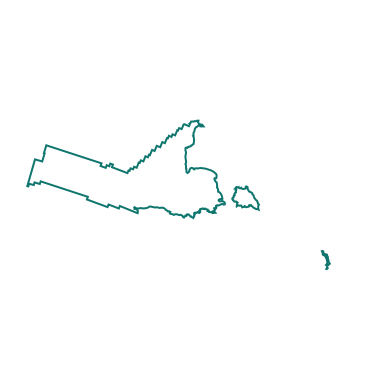 the district of Bethel, Alaska, United States of America, rotated 206°
{"feature_id": "52423323B92128631774297", "entity_name": "Bethel", "entity_type": "district", "adm_level": 2, "iso_a3": "USA", "parent_name": "United States of America", "parent_adm1": "Alaska", "projection": "albers", "projection_center": [-164.344, 60.422], "detail": "fine", "context": "isolated", "style": "outline", "palette": "teal", "viewbox_px": 384, "rotation_deg": 206, "n_neighbors": 0, "source": "geoboundaries", "source_scale": "gbopen_adm2", "svg_char_len": 6078}
<svg xmlns="http://www.w3.org/2000/svg" viewBox="0 0 384 384"><g transform="rotate(206 192 192)"><path d="M343.4,170.1L342.1,161.9L341.4,162.0L340.0,153.8L347.4,152.5L342.6,125.1L341.6,125.3L342.0,128.0L337.3,128.9L337.7,131.6L332.3,132.5L332.7,135.2L283.5,142.0L283.2,139.2L261.3,141.4L261.5,144.2L250.5,145.1L250.7,147.8L231.6,149.1L231.7,149.7L232.2,150.8L232.7,151.5L233.2,151.9L233.8,152.0L235.0,152.1L235.5,152.0L236.0,151.7L236.1,152.2L237.0,152.4L237.1,152.6L236.9,153.2L235.9,153.0L234.6,153.0L233.8,153.3L233.0,153.7L231.0,155.1L228.3,156.0L226.9,156.9L225.7,157.8L224.6,158.9L223.8,160.2L223.2,160.7L221.0,161.2L218.3,161.9L217.0,162.8L216.1,163.2L215.1,163.2L214.6,163.3L211.6,165.0L209.8,165.2L209.2,165.1L208.1,164.6L206.6,164.3L205.9,164.3L205.0,164.0L204.4,164.5L203.9,164.7L202.7,164.6L202.8,163.3L202.2,162.9L199.0,163.6L198.4,163.4L196.8,165.0L196.0,165.3L193.8,165.6L193.2,165.7L192.6,166.3L192.1,166.6L190.2,166.4L189.2,165.8L188.6,166.2L188.5,165.5L188.1,165.5L188.2,166.2L187.9,166.7L187.3,167.2L187.6,167.5L187.6,167.9L186.6,168.2L186.4,168.8L186.8,169.4L186.7,169.7L185.5,170.3L184.7,170.3L184.2,169.9L183.9,169.9L182.7,169.3L182.2,169.7L181.3,169.3L180.4,169.4L179.5,169.2L179.5,169.9L179.3,170.8L179.8,171.4L179.6,172.0L179.8,172.7L179.7,173.3L180.2,172.9L180.6,173.2L180.8,174.0L180.7,174.4L179.5,175.0L179.2,174.9L178.2,176.0L178.3,176.5L177.6,177.1L177.4,176.6L177.0,176.2L176.3,176.3L175.9,177.3L176.4,177.6L176.2,178.5L176.5,178.9L177.2,178.7L177.1,180.4L176.1,180.9L175.7,181.6L175.0,181.6L174.8,182.0L174.2,181.8L173.4,182.0L173.0,182.8L172.5,182.5L171.2,183.0L170.5,182.9L170.1,183.0L169.9,182.7L169.9,181.8L169.0,181.9L169.0,182.1L168.5,181.7L168.2,181.6L168.1,182.1L167.7,181.8L167.1,181.7L166.2,182.1L165.7,182.2L164.9,182.6L164.0,182.8L163.9,182.3L161.9,183.6L163.4,184.2L163.8,183.6L164.3,183.2L164.4,182.9L165.1,182.8L165.4,183.0L165.2,183.4L164.7,183.6L163.8,185.1L163.4,186.3L163.4,186.7L163.5,187.0L164.8,186.8L165.0,187.2L164.2,187.8L163.5,188.0L163.3,187.9L163.2,188.0L163.2,188.4L163.5,189.0L164.4,190.0L164.3,190.4L164.0,190.8L163.4,191.2L162.8,191.1L161.5,192.3L161.0,193.1L159.6,194.5L159.2,194.7L158.0,194.5L157.8,194.6L157.2,195.2L157.1,195.4L157.8,196.6L158.0,196.9L159.9,197.2L160.7,197.2L162.9,195.7L164.0,195.8L164.3,196.0L164.5,196.3L164.4,196.9L163.8,197.8L163.5,198.1L163.0,198.4L161.8,198.7L161.6,199.1L162.8,200.8L164.3,202.3L166.1,203.5L167.2,203.8L168.0,203.9L168.5,203.7L169.2,204.6L169.3,205.1L169.7,205.7L170.7,206.6L171.5,207.0L171.7,207.3L171.7,207.6L171.7,207.8L173.5,210.8L174.2,211.5L174.8,211.5L176.6,212.5L177.5,213.5L177.8,214.1L177.6,214.4L176.8,214.5L176.5,214.7L176.3,214.9L176.3,215.1L176.4,215.9L177.1,217.6L177.5,218.2L177.8,218.5L178.4,218.8L180.8,219.5L183.4,219.8L185.1,219.7L190.2,218.9L194.4,217.5L195.8,216.7L197.3,215.6L198.8,215.1L199.3,214.7L199.8,214.2L199.9,213.8L199.8,213.4L200.4,213.2L201.4,213.8L201.8,213.8L203.0,213.5L203.6,212.9L204.0,211.3L203.7,210.3L203.6,209.1L203.7,208.3L204.3,207.2L205.6,207.4L206.2,208.6L207.2,209.9L207.3,210.5L208.0,210.9L208.4,212.0L209.0,213.2L209.5,213.7L209.8,213.8L210.0,214.1L210.2,214.4L210.1,215.2L210.4,216.4L211.6,218.1L213.4,220.8L213.9,222.2L214.2,223.7L215.1,225.5L216.2,226.6L217.1,228.7L216.6,229.5L215.7,229.5L215.4,230.5L214.8,230.7L214.4,231.7L213.2,232.4L213.2,233.3L212.6,233.8L212.0,235.4L211.6,236.0L213.0,239.8L214.8,242.4L215.7,242.9L215.4,243.5L216.5,245.5L216.5,247.7L217.1,250.1L216.9,251.7L215.5,253.9L215.3,255.3L214.3,255.7L213.3,254.6L210.4,256.0L212.2,256.9L215.4,256.2L217.2,257.4L217.5,258.9L218.7,258.4L219.6,257.2L220.8,256.8L221.3,256.1L223.7,254.9L223.6,253.6L224.1,252.6L223.7,252.6L223.6,249.8L228.5,249.6L229.1,249.1L228.9,244.0L231.6,243.8L231.5,241.1L232.3,241.0L232.0,235.5L234.8,235.3L234.6,232.5L237.4,232.4L237.2,229.6L238.1,229.5L237.8,224.0L240.6,223.8L240.2,218.3L243.9,218.0L243.6,212.5L246.3,212.3L246.0,206.7L247.0,206.7L246.8,203.9L249.5,203.7L249.1,198.2L251.9,198.0L251.7,195.2L252.8,195.1L252.3,189.6L255.1,189.3L254.9,186.6L257.6,186.3L257.4,183.6L258.5,183.5L258.3,180.7L274.8,179.2L275.1,182.0L277.9,181.7L277.6,178.9L280.4,178.7L280.1,175.9L285.6,175.3L285.9,178.1L343.4,170.1ZM125.5,205.4L124.5,205.4L124.9,205.8L125.4,206.5L126.2,208.1L126.3,208.9L126.3,210.0L126.8,210.2L127.7,210.4L128.0,210.9L128.8,211.9L129.9,212.7L131.1,212.9L131.7,213.1L133.7,214.3L135.1,215.7L135.2,216.0L136.8,216.5L137.1,217.1L137.5,217.5L138.8,217.5L139.6,217.7L140.3,217.4L140.9,217.5L141.6,217.9L141.9,218.3L142.3,218.4L143.0,218.8L144.0,220.1L144.0,220.5L144.3,220.8L144.9,220.9L145.8,220.7L146.0,220.1L145.8,219.8L145.4,218.9L145.6,218.4L147.0,217.3L147.7,217.0L148.6,216.9L149.7,217.4L150.1,216.5L151.2,216.2L151.9,216.3L152.2,216.8L152.7,216.3L153.5,216.2L154.2,216.0L154.5,215.4L154.2,215.2L154.1,214.7L154.4,214.4L154.7,213.8L153.5,214.0L153.1,213.5L153.4,212.4L152.8,212.1L152.7,211.3L152.3,210.9L152.4,210.5L153.0,209.9L153.0,209.0L152.8,208.1L152.4,208.1L152.1,207.8L152.3,207.2L152.8,206.7L152.6,205.8L152.2,205.4L152.3,205.0L152.6,204.9L152.9,204.3L152.9,203.6L152.3,203.1L151.5,203.0L151.4,202.5L150.5,202.4L149.7,201.9L149.1,202.1L148.5,202.6L148.1,202.8L146.5,202.5L146.7,201.9L146.3,201.6L146.2,201.1L146.0,200.5L145.9,199.5L145.5,198.8L145.3,199.2L144.6,200.3L143.3,200.5L141.9,201.4L140.1,200.2L139.7,200.7L138.6,201.4L138.7,202.1L138.6,202.4L137.3,202.1L136.5,202.1L136.1,202.5L134.9,203.4L134.5,203.9L134.8,204.5L134.9,204.9L134.3,205.7L133.9,205.6L133.1,206.0L132.6,205.3L131.3,205.5L130.0,204.9L129.3,204.9L128.6,204.8L128.0,204.9L126.8,204.7L125.5,205.4ZM36.8,188.0L38.7,189.1L39.0,189.9L41.1,192.4L41.5,193.3L42.9,194.2L43.2,194.8L43.7,194.8L44.8,194.5L46.7,194.7L47.7,195.1L48.0,196.2L48.7,196.2L49.3,195.8L47.6,194.1L47.1,193.5L47.0,193.2L46.4,192.8L46.0,193.1L44.9,193.0L43.7,192.4L41.2,190.4L40.5,189.3L40.2,189.1L39.6,188.2L39.1,186.6L39.2,186.2L39.4,185.8L39.6,185.1L39.0,184.9L38.2,185.8L37.4,186.2L37.2,186.8L37.1,187.3L37.1,187.7L36.8,188.0ZM37.2,181.7L36.6,182.9L37.6,184.2L37.5,183.2L37.6,181.9L37.5,181.6L37.2,181.7Z" fill="none" stroke="#0f766e" stroke-width="2"/></g></svg>